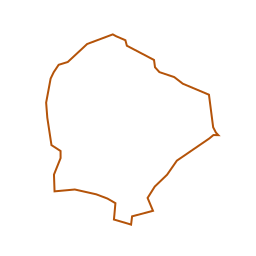 an SVG outline of Moravske Toplice, rotated 76°
{"feature_id": "SVN-1044", "entity_name": "Moravske Toplice", "entity_type": "Municipality", "adm_level": 1, "iso_a3": "SVN", "parent_name": "Slovenia", "parent_adm1": "", "projection": "equal_earth", "projection_center": [16.276, 46.713], "detail": "fine", "context": "isolated", "style": "outline", "palette": "amber", "viewbox_px": 256, "rotation_deg": 76, "n_neighbors": 0, "source": "natural_earth", "source_scale": "10m", "svg_char_len": 651}
<svg xmlns="http://www.w3.org/2000/svg" viewBox="0 0 256 256"><g transform="rotate(76 128 128)"><path d="M156.8,42.1L155.5,46.8L157.8,51.6L171.5,88.5L182.8,101.4L191.3,116.2L200.6,125.9L214.4,123.8L214.7,145.4L222.5,148.4L221.0,150.8L213.4,163.8L208.9,162.2L197.9,158.4L191.5,165.0L184.7,174.8L174.8,194.5L171.7,214.6L155.3,211.1L140.9,200.7L134.0,199.0L126.1,206.4L98.4,203.8L83.6,201.3L61.3,191.1L55.9,186.6L49.9,180.0L49.4,170.5L36.6,147.3L33.5,120.1L36.1,117.3L42.2,109.3L47.9,109.2L68.3,86.3L75.6,87.1L81.4,84.0L89.8,70.8L98.3,64.1L115.3,41.4L147.9,45.2L153.7,43.8L156.1,42.5L156.8,42.1Z" fill="none" stroke="#b45309" stroke-width="2"/></g></svg>